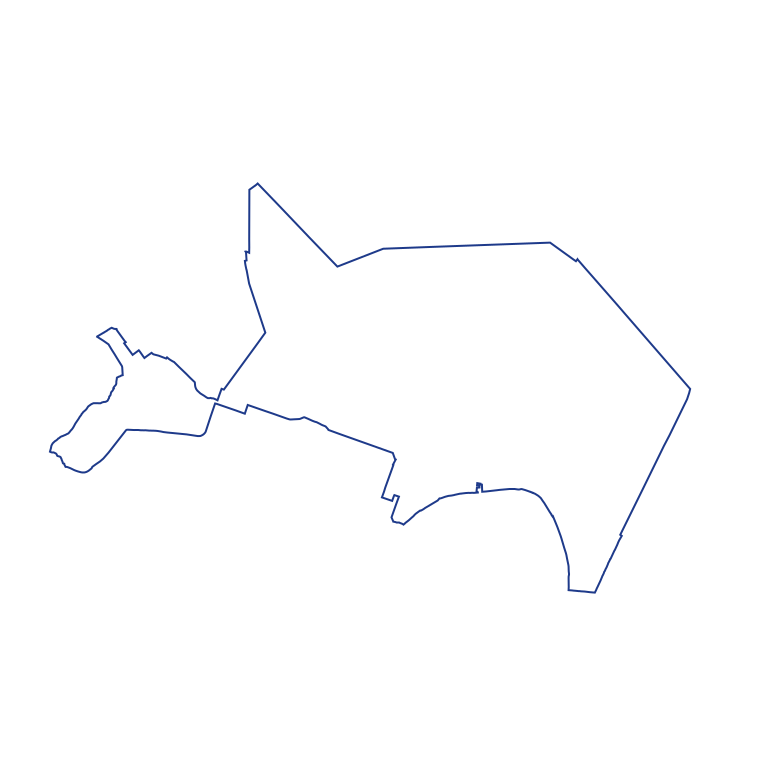 Hilversum, Noord-Holland, Netherlands (Mercator projection), rotated 291°
{"feature_id": "6326949B10155979142139", "entity_name": "Hilversum", "entity_type": "district", "adm_level": 2, "iso_a3": "NLD", "parent_name": "Netherlands", "parent_adm1": "Noord-Holland", "projection": "mercator", "projection_center": [5.144, 52.232], "detail": "fine", "context": "isolated", "style": "outline", "palette": "blue", "viewbox_px": 768, "rotation_deg": 291, "n_neighbors": 0, "source": "geoboundaries", "source_scale": "gbopen_adm2", "svg_char_len": 5995}
<svg xmlns="http://www.w3.org/2000/svg" viewBox="0 0 768 768"><g transform="rotate(291 384 384)"><path d="M575.5,488.4L539.6,404.1L528.6,378.3L510.0,334.8L476.9,298.4L494.3,261.2L513.6,220.5L525.9,194.2L524.1,193.3L517.1,188.7L471.3,206.1L463.4,209.2L458.2,211.1L458.3,208.6L458.2,207.9L458.2,207.6L458.0,207.3L457.7,207.7L457.2,208.1L456.6,208.4L450.1,211.4L449.1,210.0L446.8,211.2L444.8,212.4L441.4,214.6L441.3,214.8L429.4,222.1L389.4,254.8L377.2,251.6L321.4,236.5L321.3,234.1L315.3,234.2L309.1,234.4L309.3,232.8L309.4,230.3L309.3,229.4L309.2,229.1L308.9,228.5L308.9,227.2L308.3,226.3L308.0,225.5L307.7,224.6L307.8,223.6L308.1,222.1L308.5,220.6L309.3,216.4L309.4,215.9L310.6,212.9L310.9,212.1L311.2,211.6L312.2,210.2L313.0,209.5L313.7,208.9L314.5,208.4L317.7,206.8L318.0,206.4L318.5,205.1L320.3,200.8L321.2,198.8L322.3,196.4L326.3,186.9L329.3,180.1L329.4,178.8L329.9,175.9L330.4,173.9L331.1,171.9L329.7,171.5L329.7,163.6L329.1,158.3L329.1,157.9L329.3,157.3L329.8,155.8L325.3,152.8L322.4,151.0L324.0,148.5L324.1,148.4L326.8,144.4L327.6,143.0L321.1,138.9L328.9,126.8L330.5,127.9L330.7,127.6L330.6,127.4L337.7,116.5L338.8,114.9L339.4,114.8L339.5,114.5L339.0,113.2L338.8,112.0L338.9,109.8L338.9,109.6L337.2,108.1L336.5,107.7L335.6,106.9L334.4,106.2L325.6,99.2L325.3,99.2L323.8,106.6L322.5,111.8L322.3,112.6L318.6,117.3L315.2,121.9L312.4,125.5L308.4,130.8L306.8,132.9L306.0,133.5L305.4,133.8L298.6,136.9L297.8,135.7L297.0,135.2L296.1,134.2L295.7,133.7L295.2,133.3L294.4,132.5L294.1,132.4L292.6,132.8L290.5,133.2L288.5,133.9L287.6,134.0L286.9,133.9L285.1,133.2L284.4,133.0L283.2,132.8L283.0,133.4L280.6,133.0L279.4,132.6L278.7,132.3L277.8,132.3L275.8,132.6L275.4,132.6L274.9,132.5L274.1,132.1L273.9,132.0L273.6,132.0L272.6,132.3L272.2,132.3L271.2,132.1L269.7,132.0L269.1,131.8L268.4,131.2L267.9,130.8L267.3,130.0L266.8,128.8L266.1,127.9L265.7,127.3L264.7,126.5L264.4,126.2L264.3,125.9L263.8,124.7L263.5,123.6L263.1,122.7L262.2,120.2L261.9,119.6L260.3,118.0L258.9,117.1L257.4,116.1L256.7,115.8L254.3,115.3L253.4,115.0L252.7,114.7L249.9,113.2L248.3,112.8L247.8,112.5L246.5,112.4L244.2,111.7L242.3,111.4L236.4,110.0L233.0,109.6L230.9,109.2L229.6,108.8L228.2,108.2L226.5,107.7L225.4,107.3L224.7,107.0L223.6,105.9L222.3,104.8L221.6,104.0L220.1,102.5L219.6,101.8L218.6,100.9L217.4,100.3L217.0,100.0L216.2,99.3L215.4,99.1L213.7,98.1L212.7,97.3L210.0,96.0L209.5,95.9L207.3,95.6L204.4,96.1L201.1,96.4L201.0,97.6L201.1,98.5L201.2,98.9L201.3,99.1L201.7,100.0L201.7,100.9L201.6,101.7L201.6,102.1L201.5,102.7L201.2,103.3L200.8,103.8L200.0,104.5L199.8,104.9L199.8,105.2L200.0,106.9L200.0,107.5L199.9,107.8L199.9,108.1L199.7,108.4L199.5,108.6L199.2,108.9L198.5,109.7L197.3,110.6L196.4,111.6L195.1,112.5L194.9,112.8L195.0,113.9L195.0,114.0L194.6,114.1L194.3,114.4L192.5,116.4L192.6,116.6L192.8,117.2L192.9,117.6L193.0,118.4L193.0,121.4L192.6,125.8L192.6,127.4L192.7,129.8L193.0,132.7L193.3,134.1L193.5,134.6L194.0,135.9L194.5,136.7L195.1,137.5L195.8,138.2L196.5,138.8L197.3,139.4L200.4,141.2L200.9,141.3L201.6,141.3L202.3,141.5L206.0,143.9L209.9,146.6L213.8,148.7L221.2,151.4L248.3,159.7L248.8,160.0L249.2,160.5L249.4,160.9L250.4,163.9L251.2,166.4L251.7,167.8L253.0,171.1L253.7,173.7L254.9,176.9L255.3,177.8L256.3,181.3L257.9,185.8L258.5,187.6L259.0,189.4L259.7,192.7L260.1,195.3L260.7,197.7L261.1,199.3L262.8,205.4L266.2,217.7L268.6,228.6L269.0,229.7L269.6,231.1L269.9,231.5L271.5,233.0L272.2,233.4L273.0,233.9L274.7,234.5L275.8,234.6L291.8,233.8L305.3,233.3L305.5,234.9L306.1,252.1L306.2,254.9L306.4,264.7L315.6,264.3L316.2,282.9L316.5,290.5L316.9,305.5L317.1,308.4L317.3,309.3L320.9,317.4L321.2,317.9L321.8,318.6L324.1,321.0L324.4,321.6L324.4,322.5L324.3,325.4L324.0,330.3L324.0,332.9L324.2,334.8L323.8,338.8L323.6,340.0L323.5,341.4L323.5,343.8L323.4,344.8L321.8,347.9L321.4,348.3L321.2,348.6L321.4,360.5L322.2,392.0L322.8,416.9L317.7,421.3L317.7,422.0L312.0,421.3L312.0,421.7L311.4,421.8L287.9,422.3L283.5,422.6L277.4,422.7L277.8,433.5L283.0,433.4L284.0,433.5L284.2,438.3L277.1,438.4L262.2,438.8L259.0,441.9L259.0,442.3L258.9,442.3L259.2,444.3L259.2,445.5L260.1,447.8L260.0,449.0L260.0,451.3L259.8,452.2L259.7,452.6L261.3,453.5L261.9,453.7L265.5,455.9L270.4,458.4L270.8,458.7L272.7,459.4L274.2,460.1L278.7,463.0L278.9,463.2L278.9,463.7L280.5,465.1L282.3,466.4L283.0,466.8L294.5,475.9L297.1,476.8L297.2,477.3L297.8,478.2L298.8,479.4L300.3,481.1L301.0,482.0L302.0,483.4L302.6,484.2L304.0,486.9L305.1,488.7L305.5,489.3L305.7,489.5L309.0,494.5L309.2,495.2L309.4,495.4L311.6,499.6L312.6,501.8L313.2,503.5L314.0,505.2L314.6,507.0L316.3,510.5L316.7,510.3L316.8,509.9L316.8,508.9L320.5,507.9L321.6,510.2L323.5,509.5L322.7,507.2L324.9,506.6L325.5,509.8L324.6,510.0L325.1,511.5L318.6,514.3L320.2,517.7L325.2,527.3L326.6,529.9L331.0,538.9L332.8,543.6L333.4,546.3L333.8,547.7L334.0,548.1L335.0,549.6L335.2,550.1L335.3,550.5L335.6,553.9L335.7,556.8L335.7,559.2L335.8,559.2L335.8,561.9L335.6,561.9L335.7,563.9L335.5,565.1L335.0,567.7L334.6,569.0L334.1,570.3L333.7,571.3L331.8,574.0L330.3,576.3L323.9,584.6L322.1,587.2L321.9,587.2L320.6,589.0L321.0,589.2L315.3,594.6L312.3,597.4L311.6,598.0L305.4,603.4L303.4,605.0L295.7,610.9L291.2,614.5L289.8,615.5L286.7,617.4L281.1,621.0L279.8,621.7L275.3,623.6L273.0,624.8L272.1,625.1L270.7,625.3L269.2,625.8L260.7,629.2L257.7,630.2L258.3,632.3L258.7,633.6L258.9,634.5L260.0,638.4L260.4,640.0L260.8,641.0L261.0,642.1L262.1,645.5L263.5,651.1L264.8,655.6L267.8,655.9L269.4,655.9L270.2,656.0L271.4,656.1L278.2,656.6L282.0,656.7L283.1,656.7L283.3,656.7L283.6,656.8L285.9,657.0L287.6,656.9L288.7,657.2L290.4,657.2L292.6,657.5L293.4,657.5L296.0,657.6L297.3,657.5L297.6,657.6L301.4,658.0L301.6,657.9L302.0,658.2L309.6,658.7L310.7,658.8L311.2,658.8L311.4,658.9L311.8,659.0L317.7,659.4L320.0,659.4L322.5,659.6L327.4,660.4L327.9,658.6L379.0,663.3L404.9,665.6L418.4,666.8L426.5,667.5L438.4,668.9L478.4,672.4L484.9,672.1L489.1,671.6L536.0,583.6L541.0,574.3L552.2,553.1L564.2,530.3L569.7,520.0L569.8,519.9L567.4,519.2L568.2,516.0L575.5,488.4Z" fill="none" stroke="#1e3a8a" stroke-width="2"/></g></svg>